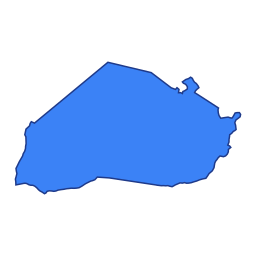 the district of Croatá, Ceará, Brazil
{"feature_id": "56859067B24507433610360", "entity_name": "Croatá", "entity_type": "district", "adm_level": 2, "iso_a3": "BRA", "parent_name": "Brazil", "parent_adm1": "Ceará", "projection": "natural_earth1", "projection_center": [-40.941, -4.378], "detail": "fine", "context": "isolated", "style": "filled", "palette": "blue", "viewbox_px": 256, "rotation_deg": 0, "n_neighbors": 0, "source": "geoboundaries", "source_scale": "gbopen_adm2", "svg_char_len": 2020}
<svg xmlns="http://www.w3.org/2000/svg" viewBox="0 0 256 256"><path d="M15.9,184.9L21.6,183.8L24.1,183.3L25.8,183.3L27.3,183.8L28.8,184.7L30.5,185.2L32.9,185.3L34.7,186.1L36.7,187.7L38.5,189.7L39.9,190.9L42.3,192.2L44.5,193.7L46.0,192.9L47.1,191.3L49.3,190.8L51.8,191.0L53.8,191.3L55.9,191.0L58.1,190.1L61.2,189.6L63.7,189.3L66.7,188.7L68.8,188.5L71.3,188.2L74.1,188.3L76.6,188.1L79.1,187.7L80.7,186.8L82.1,186.0L84.0,184.7L85.7,183.6L89.1,181.9L90.7,181.1L92.7,180.6L94.9,179.7L97.3,177.1L109.2,177.9L155.7,184.9L157.2,185.2L159.0,185.4L161.3,185.7L163.6,185.6L165.6,185.8L167.9,185.6L169.7,186.2L172.1,186.7L173.6,185.9L175.3,184.9L177.2,184.1L180.0,182.9L182.5,183.1L184.5,182.6L186.5,183.2L188.7,183.1L191.2,182.7L193.9,181.8L196.7,181.0L199.6,179.8L202.8,178.9L205.9,178.3L207.7,175.7L209.1,173.5L210.6,172.3L212.3,170.8L214.0,167.7L214.4,165.2L214.8,162.9L215.8,160.9L217.0,159.5L218.1,157.8L220.0,156.0L223.5,156.7L225.6,155.9L227.3,154.1L228.3,151.9L228.4,149.4L230.8,147.4L229.7,146.0L227.8,145.1L229.0,142.0L229.0,139.6L229.5,136.7L229.7,134.7L231.6,133.4L233.3,131.4L234.8,130.6L236.1,129.5L235.8,127.3L235.6,125.3L234.8,122.7L235.9,120.0L237.8,118.6L240.1,116.8L240.6,114.4L239.4,112.6L237.1,112.6L235.1,113.0L234.0,115.0L233.0,116.8L231.9,118.1L230.2,117.8L228.1,117.1L224.6,117.6L222.9,117.9L220.7,118.2L219.0,115.5L218.3,112.9L218.0,109.8L218.5,108.0L197.5,94.4L194.6,92.6L195.5,90.8L197.3,89.0L198.9,87.7L198.1,85.9L196.3,83.5L194.5,82.2L193.3,80.4L192.3,78.3L190.6,77.2L188.5,78.6L185.8,79.5L183.8,80.9L182.4,81.9L183.4,83.2L185.7,84.3L187.4,86.7L187.3,89.0L184.6,90.8L182.9,91.5L182.4,93.5L180.8,92.7L178.5,92.7L179.0,89.4L177.0,87.7L175.5,89.4L171.2,87.8L151.2,72.6L123.8,66.1L121.4,65.5L107.9,62.3L34.5,123.1L31.3,121.7L30.2,123.4L29.5,125.9L26.0,129.1L24.8,134.7L25.9,136.9L26.1,143.7L25.6,146.3L25.5,148.5L24.7,151.2L23.2,153.8L22.6,156.0L19.3,161.7L16.9,166.7L16.0,168.4L16.3,170.9L16.9,173.6L16.0,177.1L15.4,179.1L15.8,181.9L15.9,184.9Z" fill="#3b82f6" stroke="#1e3a8a" stroke-width="1.5"/></svg>